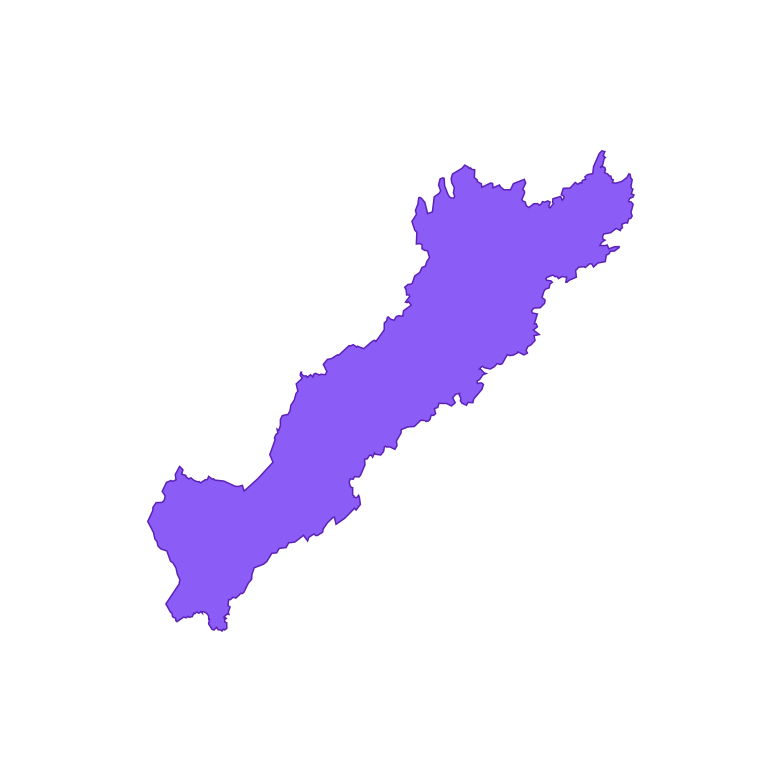 the district of Cavan - Belturbet Lea-6, Cavan, Ireland, rotated 291°
{"feature_id": "5873133B49845781008100", "entity_name": "Cavan - Belturbet Lea-6", "entity_type": "district", "adm_level": 2, "iso_a3": "IRL", "parent_name": "Ireland", "parent_adm1": "Cavan", "projection": "equal_earth", "projection_center": [-7.632, 54.119], "detail": "fine", "context": "isolated", "style": "filled", "palette": "violet", "viewbox_px": 768, "rotation_deg": 291, "n_neighbors": 0, "source": "geoboundaries", "source_scale": "gbopen_adm2", "svg_char_len": 6149}
<svg xmlns="http://www.w3.org/2000/svg" viewBox="0 0 768 768"><g transform="rotate(291 384 384)"><path d="M616.6,385.7L617.3,380.9L613.4,379.6L604.6,372.7L599.8,373.1L596.1,375.2L592.6,379.2L587.3,380.3L584.7,382.6L582.9,382.7L581.8,380.6L582.1,378.2L583.5,376.2L590.7,369.6L597.6,366.4L597.5,365.0L595.6,362.9L589.4,363.6L584.6,367.7L581.8,367.2L576.7,363.8L562.1,367.5L558.7,363.7L568.2,357.0L570.7,352.6L571.1,350.6L570.2,349.7L563.9,351.2L557.4,351.1L554.0,353.5L545.8,351.8L538.6,357.7L537.4,360.3L526.3,364.0L528.0,367.4L527.5,369.8L524.0,370.9L523.3,373.8L523.9,377.0L518.3,381.2L513.8,380.1L508.8,380.3L506.4,377.7L500.9,377.4L495.9,374.0L488.4,374.3L486.8,373.3L485.6,370.8L481.8,368.7L479.5,371.1L475.2,373.2L476.2,375.3L475.0,376.6L468.2,374.7L468.4,376.7L469.7,377.3L467.4,381.2L459.4,376.0L454.0,377.2L453.1,373.4L451.4,371.3L447.1,370.6L446.9,366.8L448.1,363.8L447.4,363.3L443.8,363.8L441.1,362.4L434.5,364.8L420.8,361.2L421.5,359.6L419.6,357.7L409.7,352.4L409.7,345.6L408.7,345.2L409.7,341.2L407.6,339.2L407.4,337.7L394.6,331.4L394.7,330.3L388.6,325.6L386.8,322.4L380.6,320.3L375.0,326.3L371.6,325.8L370.5,321.6L369.3,320.8L369.4,316.1L367.6,314.8L365.1,315.2L366.3,312.1L362.7,309.9L363.7,308.8L362.7,305.8L364.2,302.9L365.4,302.8L365.0,302.0L362.1,302.7L360.0,305.6L352.6,302.0L346.4,306.2L343.7,305.3L336.9,306.0L330.9,304.7L324.9,305.9L321.0,305.1L318.1,300.4L313.7,300.0L307.9,302.2L303.1,302.3L303.5,300.4L300.3,302.5L298.2,301.2L294.3,301.1L292.8,302.3L277.1,302.7L271.2,308.4L250.5,300.2L233.9,291.8L238.6,288.1L236.3,285.2L235.2,281.8L236.0,269.3L233.7,260.6L234.4,258.8L233.6,258.0L234.9,253.4L231.5,253.4L230.3,251.2L225.8,248.0L226.6,246.3L225.8,244.5L226.0,240.7L227.2,237.4L225.4,235.6L226.6,232.2L227.7,231.7L227.3,227.5L231.9,227.0L233.8,222.7L224.6,221.6L220.0,224.2L217.3,221.4L217.6,219.8L214.3,216.2L204.3,215.4L201.1,219.8L196.9,220.5L194.0,219.4L191.6,213.8L186.2,212.5L182.9,213.5L171.0,212.7L162.9,221.9L157.3,225.6L155.3,228.7L151.7,231.1L150.1,234.7L150.3,241.1L142.0,248.3L141.5,251.0L137.5,255.9L132.4,259.2L128.3,263.5L123.8,264.4L100.5,259.2L94.5,266.4L94.0,268.2L91.0,270.0L90.5,273.5L88.4,274.5L87.9,275.9L94.6,280.5L94.8,283.0L97.0,284.5L96.4,285.7L98.2,288.4L102.0,288.6L101.7,289.6L104.1,291.0L103.6,293.3L105.9,294.6L105.0,296.5L106.1,295.8L106.8,297.3L106.3,300.9L104.7,303.3L101.5,304.7L101.7,305.4L97.2,306.2L93.3,311.4L93.4,313.5L97.4,315.0L96.5,314.9L95.1,317.2L95.9,319.9L95.3,321.3L97.7,322.1L97.3,323.4L99.5,324.8L104.8,322.7L104.7,320.6L107.2,319.7L108.6,320.8L109.1,319.4L108.3,318.5L109.2,318.1L113.0,319.9L113.3,321.8L115.1,320.4L120.7,320.2L121.2,317.8L127.1,316.3L127.7,318.0L130.7,319.4L131.1,322.5L137.3,325.4L137.6,326.9L139.4,327.8L149.5,328.7L154.1,330.4L159.2,328.9L165.9,328.7L172.7,336.2L176.3,338.2L185.7,339.9L187.9,344.3L193.0,345.1L196.2,351.2L201.5,351.9L204.5,357.4L213.9,363.1L210.1,368.9L214.0,368.8L218.9,372.3L218.1,374.6L218.6,376.0L223.7,379.8L226.8,379.2L234.1,380.9L241.0,384.1L241.8,385.5L235.8,389.5L244.5,395.4L257.6,401.1L256.3,403.1L263.1,405.1L269.6,401.5L271.0,400.2L268.0,399.2L267.6,396.5L268.6,396.3L269.2,394.5L276.0,391.9L275.7,390.7L276.6,389.1L279.8,386.6L283.4,386.6L284.0,389.3L287.0,389.7L288.3,394.0L290.5,394.8L301.6,395.2L307.0,392.8L308.0,395.1L312.2,396.0L313.0,397.6L311.6,399.6L316.1,399.8L315.3,400.8L316.5,406.3L320.7,407.8L325.3,406.9L326.5,407.8L326.1,409.1L327.4,412.0L326.9,417.6L331.1,418.2L335.3,416.0L344.3,417.5L347.5,416.4L352.4,421.5L355.2,427.5L363.4,431.4L364.6,435.4L364.1,436.7L365.3,438.7L367.4,439.6L371.9,439.2L372.3,441.4L374.7,442.8L379.1,439.9L381.4,442.6L385.6,442.2L388.2,449.3L387.7,454.9L392.0,457.2L395.8,453.0L400.3,454.7L402.3,458.0L400.6,458.2L398.4,460.8L395.7,461.3L394.0,463.7L393.7,468.6L396.8,468.9L398.4,473.7L402.0,473.1L414.3,477.4L419.3,477.0L420.0,474.6L418.1,471.0L420.3,469.8L422.4,471.7L427.8,472.9L430.4,475.5L430.2,473.7L432.6,468.5L432.2,467.7L434.2,468.4L435.8,469.7L435.2,471.8L436.1,477.9L439.7,480.8L443.7,482.4L443.8,485.3L445.3,487.1L455.6,488.6L455.5,491.0L457.3,494.3L461.0,497.6L462.0,497.5L461.3,504.2L464.3,506.8L466.3,504.6L470.4,504.8L473.4,507.3L478.8,509.4L482.8,506.7L485.8,511.2L488.0,504.1L492.4,506.7L494.7,504.5L494.1,502.8L504.3,502.1L503.5,497.0L505.4,495.5L508.6,496.8L511.2,502.5L516.8,505.0L520.2,504.2L521.4,500.5L528.3,500.1L530.7,501.0L532.9,503.7L536.8,503.1L539.3,504.7L540.1,502.9L539.1,498.6L540.2,497.4L541.7,497.7L546.2,502.5L545.5,505.4L546.5,506.9L544.9,509.1L548.1,511.7L549.2,516.2L544.2,517.3L544.6,518.4L547.0,519.5L552.7,525.3L558.7,522.2L562.9,524.0L565.2,528.8L564.9,530.2L570.0,532.9L570.5,535.1L568.3,537.7L573.6,540.3L577.5,546.7L583.9,545.4L586.6,547.6L589.0,547.5L590.7,551.5L595.6,554.6L596.5,554.2L594.7,549.9L590.8,545.6L593.8,542.4L592.4,540.9L590.7,535.9L594.2,536.4L597.5,538.8L597.6,536.5L600.1,535.2L602.8,535.4L606.5,541.4L612.4,545.0L612.0,549.7L613.6,549.4L615.3,550.6L618.3,548.7L621.1,551.7L621.5,553.6L625.9,553.3L627.1,555.0L629.8,555.5L632.5,553.1L641.1,552.2L642.5,549.5L642.0,546.9L645.2,546.7L647.8,549.5L650.1,549.6L650.1,546.7L655.1,546.5L655.2,545.1L656.8,543.8L663.7,542.5L664.7,540.6L667.9,538.7L668.0,537.3L664.0,536.8L658.4,533.5L654.7,528.7L653.8,525.2L656.8,524.8L656.7,523.2L659.4,521.2L658.9,519.8L660.2,517.8L660.4,514.0L663.3,514.0L665.1,512.7L665.5,510.1L663.2,508.3L666.9,509.6L673.8,508.7L674.7,509.5L675.8,506.8L680.1,506.9L679.7,503.8L676.3,502.4L662.1,501.7L655.3,503.5L652.4,499.0L649.5,497.3L647.4,498.9L645.1,496.2L642.4,496.6L642.3,495.0L639.9,493.4L640.7,490.3L633.6,487.5L631.0,481.3L624.4,481.6L623.7,484.6L622.0,485.3L619.5,484.6L622.4,481.7L617.5,475.3L613.9,476.3L613.4,477.6L607.9,475.9L608.4,474.4L613.4,473.8L613.6,471.2L611.4,469.0L611.0,466.6L608.4,466.3L606.6,464.7L607.4,462.7L606.0,459.3L600.7,456.0L601.4,453.0L604.6,450.5L604.5,448.1L605.6,446.6L612.6,446.8L614.5,445.9L615.4,443.7L622.4,444.3L625.3,441.6L617.4,433.0L610.7,432.5L608.3,426.5L609.9,421.9L611.2,420.5L606.3,415.5L610.1,413.5L609.9,411.6L602.7,404.8L605.8,403.1L606.4,398.5L607.9,398.0L609.1,394.4L616.5,391.9L615.8,389.0L616.8,387.4L615.8,386.1L616.6,385.7Z" fill="#8b5cf6" stroke="#5b21b6" stroke-width="1.5"/></g></svg>